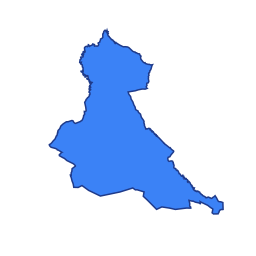 outline of Momba, Mbeya, United Republic of Tanzania, rotated 350°
{"feature_id": "72390352B95240342657452", "entity_name": "Momba", "entity_type": "district", "adm_level": 2, "iso_a3": "TZA", "parent_name": "United Republic of Tanzania", "parent_adm1": "Mbeya", "projection": "orthographic", "projection_center": [32.491, -8.789], "detail": "fine", "context": "isolated", "style": "filled", "palette": "blue", "viewbox_px": 256, "rotation_deg": 350, "n_neighbors": 0, "source": "geoboundaries", "source_scale": "gbopen_adm2", "svg_char_len": 5740}
<svg xmlns="http://www.w3.org/2000/svg" viewBox="0 0 256 256"><g transform="rotate(350 128 128)"><path d="M64.3,173.4L64.3,177.0L68.6,177.9L72.7,176.7L78.4,182.6L89.0,190.2L109.0,189.6L122.3,187.9L124.5,190.2L126.2,190.4L132.7,193.7L131.2,197.9L134.6,202.4L142.0,213.1L147.6,211.6L155.0,214.1L160.5,216.4L171.7,217.0L175.9,217.8L176.0,216.7L175.3,215.9L175.2,215.4L175.7,213.1L175.5,209.8L175.8,209.9L176.2,210.2L178.3,211.1L179.0,211.3L179.3,211.2L181.4,212.7L185.3,214.3L185.9,215.1L186.1,215.1L186.3,214.6L186.3,213.1L186.5,213.3L193.1,218.0L195.6,220.8L197.4,222.4L197.4,222.9L196.1,226.1L197.3,227.5L201.8,228.2L202.0,227.8L202.8,227.0L203.4,225.8L204.2,224.9L205.7,224.4L206.5,224.7L207.5,224.7L208.5,217.9L206.8,216.9L204.6,216.2L204.0,215.4L203.1,212.4L202.0,209.8L200.9,210.6L199.7,211.0L198.6,211.7L197.7,211.8L196.8,211.0L196.3,210.9L195.6,210.2L194.9,209.9L193.8,210.3L193.1,210.3L192.9,210.0L192.5,210.1L191.9,209.0L189.9,207.6L189.5,206.7L188.6,206.2L188.3,205.2L187.7,204.8L187.4,203.5L186.4,203.1L185.8,202.2L185.0,202.6L184.5,202.5L184.1,201.8L183.8,202.0L183.2,201.6L183.1,201.1L182.7,201.1L182.3,200.7L182.1,200.2L182.3,199.8L181.9,199.9L181.7,199.6L182.6,198.6L182.2,198.6L182.1,198.4L181.7,198.6L181.2,197.9L181.5,197.5L181.0,197.0L181.1,196.2L181.0,195.8L180.6,195.8L180.7,195.4L180.0,194.5L179.5,192.5L178.6,191.1L177.9,191.3L177.6,191.9L177.4,191.7L177.2,191.3L177.8,190.0L177.5,189.3L176.4,188.5L176.5,187.9L175.9,187.7L175.4,188.1L175.0,187.5L174.6,187.6L174.9,186.7L174.1,186.5L174.4,186.2L174.2,185.9L174.4,185.9L174.5,185.5L174.3,185.5L174.1,184.8L173.6,184.6L173.6,184.2L172.8,184.8L172.2,184.6L171.4,182.6L170.9,182.0L170.4,181.8L170.4,181.1L169.8,178.9L169.2,178.1L168.7,178.3L168.1,177.5L168.0,176.5L167.6,176.4L167.5,176.0L166.6,175.6L166.3,175.1L166.3,174.4L166.8,173.2L166.8,172.4L166.5,171.9L166.7,171.5L166.4,170.3L166.6,169.7L166.2,169.2L166.1,168.4L164.8,167.9L162.6,168.0L161.9,167.1L161.8,165.1L162.5,163.8L164.2,163.6L165.7,161.9L168.5,159.6L168.9,159.1L168.9,158.5L167.0,156.5L166.1,154.7L165.6,154.8L162.3,151.0L161.6,150.6L161.3,149.5L160.5,149.1L160.5,148.7L156.8,143.1L155.7,141.8L155.6,141.2L155.2,141.4L154.8,141.1L154.7,139.9L154.2,140.2L153.9,139.1L153.7,139.2L153.5,138.8L153.1,138.7L153.2,138.2L152.6,137.4L152.3,136.2L151.1,136.1L151.0,135.7L151.4,135.1L151.2,134.9L150.6,134.9L150.3,134.6L150.3,133.6L149.6,133.5L149.8,133.0L149.6,132.5L149.1,132.5L148.8,132.0L148.3,131.9L146.7,132.3L146.1,132.0L145.5,132.2L144.6,128.4L144.8,127.1L144.5,125.6L144.9,124.7L144.7,123.3L143.0,119.7L142.7,116.5L141.0,114.4L140.8,112.9L139.3,111.8L138.7,111.0L138.6,108.5L137.8,106.3L137.3,103.1L136.1,100.1L136.0,97.3L135.1,95.8L134.6,94.5L134.4,92.5L141.7,92.6L144.6,92.2L148.7,92.1L151.8,92.7L153.8,92.3L153.3,91.7L153.1,90.5L154.1,89.3L154.0,88.2L154.3,87.2L155.8,87.0L156.6,85.7L156.6,82.9L157.0,81.9L156.9,81.0L157.9,79.6L157.7,79.1L157.8,77.7L158.4,77.2L158.6,77.3L159.3,76.4L159.4,75.4L160.2,74.9L160.8,74.1L162.5,70.6L163.1,69.9L161.5,69.9L159.8,68.9L159.5,69.0L158.6,68.7L156.5,67.6L156.1,66.6L155.4,66.7L154.4,65.7L152.6,62.4L152.7,60.3L153.3,59.5L152.6,58.7L152.2,57.0L150.6,56.5L149.4,55.4L148.4,55.1L148.2,54.4L147.2,54.1L146.0,53.3L142.9,49.1L141.8,48.2L139.2,47.4L137.8,47.3L136.7,46.7L134.0,44.7L131.3,42.2L130.1,42.6L130.0,42.4L130.7,42.1L130.7,41.5L129.5,41.4L129.5,40.4L128.8,40.1L128.5,39.0L128.0,38.7L127.7,38.2L127.0,38.1L126.8,37.3L125.4,35.2L125.4,34.8L125.0,34.2L124.6,34.1L124.2,32.0L124.4,32.1L125.0,31.6L124.6,30.7L125.2,29.7L124.8,29.5L124.5,29.8L124.0,29.8L124.4,29.3L124.3,28.2L124.0,28.8L123.1,29.0L122.8,27.9L122.0,27.8L120.9,28.8L120.1,30.7L119.5,31.0L118.9,34.4L117.9,35.2L116.4,35.6L116.0,36.9L115.2,38.0L115.2,38.4L114.2,38.9L113.7,38.9L113.3,39.2L113.6,40.9L112.9,41.8L111.7,42.1L110.8,41.6L109.2,41.5L109.0,40.5L109.4,40.0L107.9,39.1L106.9,40.2L105.1,40.5L104.2,40.9L103.8,39.4L103.4,39.1L102.7,40.5L102.2,40.9L101.2,40.3L100.3,40.5L99.2,41.2L98.9,42.4L99.0,45.5L98.6,45.9L98.3,45.9L98.1,45.8L98.2,44.9L97.2,45.0L96.4,47.0L96.5,47.2L97.2,47.4L97.0,47.9L96.6,48.0L95.8,47.1L95.2,47.4L95.4,48.3L96.4,49.1L96.1,49.9L95.8,50.3L94.2,49.9L93.7,50.1L94.0,51.7L92.7,52.3L91.8,55.1L92.4,55.7L93.4,55.3L93.2,55.9L92.6,56.6L93.0,57.3L93.8,57.6L93.9,59.3L93.6,59.8L94.2,60.9L93.8,62.9L92.5,64.2L91.6,64.0L91.6,64.4L92.4,65.0L93.7,64.3L93.6,64.8L92.6,65.4L93.6,66.8L93.0,67.1L93.0,67.7L93.6,68.5L94.1,67.8L95.1,68.4L95.1,69.9L94.6,69.9L94.6,70.4L95.5,70.4L95.8,69.4L96.1,69.2L97.3,69.5L97.0,70.0L97.6,70.7L97.5,72.3L97.2,72.7L96.5,72.2L96.1,72.2L96.1,72.6L96.8,73.2L97.8,73.3L98.3,74.2L98.3,74.5L97.8,74.6L97.7,74.8L97.8,75.2L98.6,75.4L98.7,75.6L98.0,76.4L98.1,77.1L98.4,77.2L99.6,76.6L100.4,76.7L100.6,77.0L99.9,77.3L98.4,79.1L97.7,79.3L97.6,79.7L98.0,80.4L97.1,80.7L97.3,81.6L97.8,81.4L98.2,81.6L98.0,81.9L97.0,81.9L96.4,82.9L96.7,83.7L97.3,83.4L97.8,83.9L97.5,84.1L96.6,84.2L96.5,84.8L95.8,85.8L95.9,86.1L96.6,86.8L96.4,88.2L95.7,88.6L95.7,89.3L94.5,90.7L93.4,91.1L92.8,91.9L91.7,92.6L91.3,93.5L89.8,95.2L90.0,100.4L89.8,103.7L89.1,104.3L87.9,104.1L88.0,104.8L87.6,105.5L87.8,106.2L87.6,107.1L86.5,107.9L86.0,109.5L85.1,111.1L83.9,112.6L83.0,112.8L82.4,113.3L77.3,114.3L76.8,114.3L75.9,113.4L75.4,112.6L75.3,111.7L74.4,111.0L73.8,110.9L70.2,111.4L68.3,111.2L64.8,112.7L62.2,114.4L60.7,116.8L58.7,118.3L57.8,120.4L58.0,120.4L56.6,123.2L56.1,123.3L54.3,126.1L51.6,128.1L50.5,129.2L49.0,130.2L47.8,130.6L47.5,130.9L48.0,132.4L48.9,133.6L53.1,135.6L54.3,136.5L54.6,137.3L55.7,137.8L58.5,140.3L58.2,140.3L57.3,141.5L55.8,142.2L55.6,143.3L56.0,143.7L58.7,145.9L60.1,146.9L62.1,149.4L68.1,153.8L69.6,155.9L69.5,156.5L65.9,158.3L65.1,161.1L64.3,162.2L63.8,164.7L63.1,164.4L63.1,165.3L63.5,167.0L63.7,170.4L64.3,173.4Z" fill="#3b82f6" stroke="#1e3a8a" stroke-width="1.5"/></g></svg>